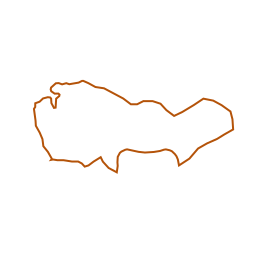 Pyongwon, P'yŏngan-namdo, North Korea (Mercator projection), rotated 28°
{"feature_id": "82179303B73199246171338", "entity_name": "Pyongwon", "entity_type": "district", "adm_level": 2, "iso_a3": "PRK", "parent_name": "North Korea", "parent_adm1": "P'yŏngan-namdo", "projection": "mercator", "projection_center": [125.567, 39.283], "detail": "fine", "context": "isolated", "style": "outline", "palette": "amber", "viewbox_px": 256, "rotation_deg": 28, "n_neighbors": 0, "source": "geoboundaries", "source_scale": "gbopen_adm2", "svg_char_len": 1255}
<svg xmlns="http://www.w3.org/2000/svg" viewBox="0 0 256 256"><g transform="rotate(28 128 128)"><path d="M75.1,192.2L76.6,191.0L80.7,189.6L86.2,186.7L94.3,183.9L99.8,181.0L103.9,181.0L107.9,182.4L110.7,179.6L113.4,173.8L117.6,166.6L121.6,169.5L129.7,172.4L138.9,172.4L136.7,166.3L134.8,163.3L132.5,158.3L132.5,153.8L133.2,152.0L135.8,148.5L137.2,147.3L148.5,144.1L154.5,141.7L162.1,137.0L167.0,133.3L170.0,130.2L171.5,129.1L175.2,128.1L177.6,127.9L181.6,129.0L184.1,130.2L186.8,132.4L190.6,137.1L196.6,126.2L199.5,113.2L205.0,104.5L211.8,95.8L216.0,88.6L221.5,79.9L216.1,71.2L210.7,65.3L208.2,65.0L199.9,63.9L190.4,63.8L180.8,66.7L175.3,76.9L168.4,88.4L163.0,95.7L153.5,94.2L145.3,91.3L137.2,92.7L129.0,97.0L124.9,102.8L119.4,105.7L109.9,104.2L103.1,104.2L95.0,104.2L88.2,104.2L80.0,107.1L71.9,107.0L66.4,107.4L65.3,108.0L63.1,111.1L55.6,116.9L52.5,117.4L49.3,120.4L45.7,120.9L43.3,122.4L41.1,128.4L41.6,130.2L43.0,131.6L47.1,132.1L50.4,130.3L51.9,130.7L52.3,132.1L50.8,135.8L54.5,144.0L53.2,145.0L48.7,142.0L46.3,138.1L44.9,137.6L43.4,138.2L42.8,138.4L39.1,141.8L37.6,146.3L34.5,149.7L36.2,153.0L36.0,155.3L42.9,164.9L45.6,169.3L52.3,173.6L57.7,178.0L61.8,183.8L68.5,186.7L75.3,191.0L75.1,192.2Z" fill="none" stroke="#b45309" stroke-width="2"/></g></svg>